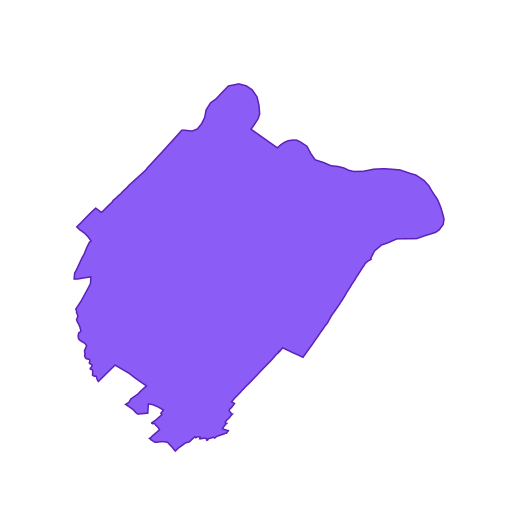 Cotofenii Din Fata, Dolj, Romania, rotated 167°
{"feature_id": "2599482B64594888050734", "entity_name": "Cotofenii Din Fata", "entity_type": "district", "adm_level": 2, "iso_a3": "ROU", "parent_name": "Romania", "parent_adm1": "Dolj", "projection": "robinson", "projection_center": [23.665, 44.452], "detail": "fine", "context": "isolated", "style": "filled", "palette": "violet", "viewbox_px": 512, "rotation_deg": 167, "n_neighbors": 0, "source": "geoboundaries", "source_scale": "gbopen_adm2", "svg_char_len": 6018}
<svg xmlns="http://www.w3.org/2000/svg" viewBox="0 0 512 512"><g transform="rotate(167 256 256)"><path d="M300.1,395.2L311.6,387.1L325.6,377.4L331.0,373.8L339.0,368.3L341.8,366.5L343.8,364.7L349.2,361.6L363.8,353.5L366.3,351.7L371.0,349.0L373.9,347.0L376.4,345.8L379.3,344.0L382.7,342.3L383.2,341.7L384.0,340.9L387.7,338.8L394.2,334.7L396.8,333.3L401.4,338.7L408.0,334.9L419.8,327.3L424.1,324.7L423.3,323.5L421.8,321.1L420.8,320.1L417.6,316.4L415.4,312.6L413.3,307.7L415.2,306.9L416.4,305.4L418.0,303.5L419.6,301.5L423.0,296.5L425.9,293.4L431.4,286.3L434.9,281.9L436.2,280.6L436.8,279.6L437.1,278.3L437.6,277.0L438.4,274.5L436.6,274.0L433.6,273.6L428.8,273.4L426.7,273.2L425.8,273.1L424.3,273.0L421.6,272.8L422.8,268.6L423.4,266.6L424.0,265.7L427.8,261.3L436.4,251.6L443.1,245.2L443.6,244.7L443.2,243.8L443.3,242.5L443.6,241.3L443.4,240.6L443.3,239.3L443.1,237.9L443.5,236.7L444.6,235.2L445.2,234.3L445.1,233.1L444.8,231.9L444.6,230.8L444.0,229.6L443.9,229.0L444.0,227.9L443.7,227.3L443.5,226.2L443.6,225.2L443.6,224.7L443.4,223.5L443.5,222.6L443.9,221.9L444.7,221.5L445.5,221.2L446.0,221.0L446.3,220.5L446.6,219.6L447.2,218.5L447.4,217.1L447.4,216.3L447.5,215.8L447.5,215.3L447.3,214.8L447.1,214.3L446.6,213.6L445.7,212.6L444.7,211.6L444.1,211.0L443.1,210.1L442.3,209.1L441.6,207.8L441.4,206.8L441.4,206.2L442.7,204.8L443.2,203.7L443.6,203.4L444.1,203.0L444.2,202.6L444.4,202.1L444.6,201.3L444.6,200.6L444.7,200.1L444.6,199.7L444.6,199.3L444.6,198.8L444.9,198.6L445.2,197.9L445.5,196.9L445.3,196.0L445.1,195.7L445.1,195.2L444.7,194.5L444.5,194.2L444.1,193.8L443.2,193.5L441.8,192.7L441.5,192.5L441.5,191.5L441.6,190.8L442.0,190.2L442.5,189.3L442.5,189.0L442.2,188.5L441.9,188.2L441.3,187.8L440.6,187.3L440.3,186.7L440.5,186.2L440.8,185.6L441.2,185.2L441.4,184.8L441.9,184.3L442.8,183.9L442.9,183.4L442.8,183.0L442.7,182.8L442.3,182.6L441.8,182.4L441.1,182.0L441.0,181.7L440.9,181.5L440.9,181.2L441.1,180.7L441.2,180.1L441.3,179.6L441.4,178.8L441.6,178.0L442.0,177.4L442.1,177.0L442.0,176.5L441.7,176.2L441.2,175.9L440.9,175.6L440.7,175.2L440.3,175.1L439.0,175.0L438.8,174.7L438.7,174.2L438.6,172.5L438.4,170.8L438.1,169.8L437.8,169.2L417.9,181.4L406.0,170.2L401.7,164.9L392.0,154.0L394.0,153.0L400.0,149.6L402.0,148.1L410.0,144.9L412.8,142.0L416.5,140.7L413.1,137.2L410.3,134.0L408.4,130.6L406.8,128.6L405.7,128.4L396.8,127.2L394.2,136.0L390.6,134.7L385.5,131.1L380.9,126.7L384.1,124.2L383.4,122.5L387.2,120.6L388.3,119.9L390.7,118.6L395.1,116.9L395.2,116.5L394.5,115.8L393.2,115.8L392.4,115.4L391.9,113.9L390.2,111.5L389.1,108.4L398.0,103.7L399.4,102.6L400.1,102.5L400.9,102.2L400.6,101.9L400.0,101.3L399.6,100.4L397.8,98.8L397.0,97.7L396.0,97.2L394.3,96.8L392.1,96.7L388.5,96.1L384.1,94.4L382.1,90.8L380.8,88.7L379.3,85.5L378.5,84.1L377.7,84.6L377.0,85.0L375.0,86.2L374.3,86.6L371.8,87.5L371.1,87.9L370.8,88.0L370.4,88.2L370.1,88.2L368.0,89.3L366.9,89.6L366.2,89.8L365.4,89.8L363.9,89.8L362.9,89.9L362.1,90.2L361.5,90.6L360.6,91.1L359.6,91.8L358.7,92.2L356.6,93.5L355.9,93.1L355.5,92.4L354.1,93.0L352.5,92.7L351.1,92.0L352.0,90.6L351.1,90.3L346.9,90.2L345.3,88.9L345.6,87.9L345.2,87.4L344.2,87.7L343.6,88.8L341.6,88.7L339.7,88.8L338.6,89.2L337.9,88.7L337.5,88.0L337.2,87.9L334.5,89.2L331.9,89.3L330.3,89.6L328.3,89.7L328.2,89.7L327.2,89.8L326.2,90.1L324.6,90.0L324.2,90.3L323.9,90.6L322.2,92.0L322.4,92.2L323.2,92.5L325.6,94.0L327.0,94.8L327.3,95.1L327.5,95.3L327.4,95.5L327.2,95.8L326.8,96.1L323.5,98.8L323.1,99.0L322.2,99.5L322.5,99.6L323.1,99.7L323.3,99.9L323.5,100.4L323.5,100.8L323.4,101.0L323.1,101.2L322.8,101.6L320.5,103.2L319.4,103.7L318.2,104.5L316.7,105.8L315.0,107.0L314.5,107.3L315.0,107.5L315.3,107.6L315.4,107.9L315.8,108.9L316.0,109.4L316.8,110.9L316.9,111.1L316.9,111.5L316.8,111.8L316.5,112.1L316.0,112.6L315.0,113.3L314.7,113.4L314.4,113.6L313.9,113.9L312.9,114.7L310.5,116.7L310.1,117.1L310.5,117.6L312.3,119.0L312.7,119.4L310.3,121.1L309.2,122.0L307.2,123.3L306.5,123.7L305.4,124.4L304.4,125.1L302.0,126.6L300.3,127.9L297.5,129.6L296.0,130.7L291.1,133.7L287.5,136.0L285.7,137.3L285.4,137.4L285.1,137.5L284.1,138.3L283.1,138.9L282.4,139.3L280.1,140.9L277.7,142.6L275.7,143.8L273.5,145.3L272.5,145.9L271.0,146.9L269.8,147.6L266.9,149.5L265.7,150.2L261.3,153.3L260.8,153.7L257.8,155.9L257.4,156.1L256.4,156.4L256.1,156.6L255.8,156.9L255.6,157.2L255.3,157.8L255.2,158.0L254.7,157.5L252.4,159.2L251.4,160.0L251.2,160.1L250.8,160.5L249.3,159.4L247.3,157.8L246.5,157.2L245.0,156.1L243.4,154.7L238.9,151.3L236.6,149.6L233.0,146.7L231.6,148.0L230.3,149.1L230.0,149.3L227.5,151.6L224.0,154.7L222.5,155.9L221.6,156.7L220.8,157.5L219.8,158.4L219.2,158.9L217.4,160.6L216.0,161.8L215.1,162.7L213.5,164.0L212.4,165.1L211.9,165.6L210.0,167.4L209.7,167.6L209.4,167.9L209.2,168.1L208.1,168.9L204.4,172.4L202.7,173.6L201.1,175.0L199.2,177.3L197.5,179.0L197.1,179.5L196.7,179.9L196.2,180.6L195.8,181.0L193.7,182.9L191.1,185.1L189.5,186.6L187.5,188.4L186.2,189.6L185.5,190.2L184.3,191.5L183.3,192.4L183.0,192.7L181.9,193.7L178.8,196.8L177.1,198.6L176.1,199.8L174.6,201.2L173.9,202.0L172.2,203.5L171.3,204.4L170.1,205.7L169.1,206.8L168.1,207.7L167.0,208.8L165.1,210.5L163.4,212.4L161.5,214.2L159.7,215.9L157.1,218.5L156.9,218.7L154.4,221.1L153.0,222.3L152.5,222.8L151.2,224.3L150.2,224.7L149.6,225.1L147.9,225.9L146.4,226.4L144.6,226.8L144.7,227.9L139.5,234.2L131.2,238.5L125.1,239.1L114.8,241.0L95.7,236.8L87.6,237.7L75.8,238.6L71.7,240.2L66.6,244.5L64.5,249.6L64.6,255.3L64.9,260.2L65.5,265.0L66.5,270.4L69.8,279.0L71.8,285.5L75.3,291.8L82.1,299.0L86.7,301.5L96.4,307.5L102.6,309.5L111.3,312.2L121.6,314.1L132.5,314.4L141.8,316.4L146.3,318.6L150.4,321.9L156.2,324.9L162.5,327.0L168.7,331.6L176.7,336.4L179.5,343.3L181.7,351.5L187.5,357.5L190.4,359.8L194.0,360.7L198.8,361.1L202.9,360.3L206.6,358.9L210.9,356.6L232.3,380.6L228.2,384.3L222.9,389.5L220.4,393.8L219.2,402.3L219.2,410.7L222.4,418.9L227.2,424.0L234.1,427.6L244.6,427.9L254.2,421.7L259.7,418.0L265.8,415.5L271.7,409.6L274.9,402.4L279.3,397.1L284.5,393.0L290.0,392.1L298.2,394.9L300.1,395.2Z" fill="#8b5cf6" stroke="#5b21b6" stroke-width="1.5"/></g></svg>